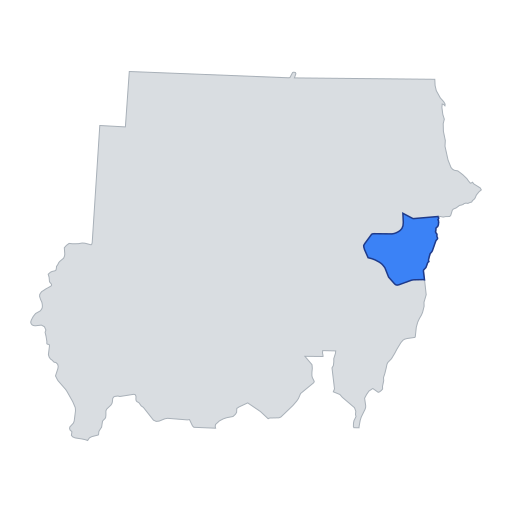 Kassala on a map of Sudan (orthographic projection)
{"feature_id": "SDN-884", "entity_name": "Kassala", "entity_type": "State", "adm_level": 1, "iso_a3": "SDN", "parent_name": "Sudan", "parent_adm1": "", "projection": "orthographic", "projection_center": [36.251, 15.89], "detail": "fine", "context": "in_parent", "style": "filled", "palette": "blue", "viewbox_px": 512, "rotation_deg": 0, "n_neighbors": 0, "source": "natural_earth", "source_scale": "10m", "svg_char_len": 4838}
<svg xmlns="http://www.w3.org/2000/svg" viewBox="0 0 512 512"><path d="M359.0,427.8L353.9,427.7L353.4,426.5L353.5,423.1L354.0,420.6L356.0,416.6L355.5,414.4L355.8,411.3L354.5,407.7L342.3,397.3L339.9,394.5L333.3,391.8L334.5,388.9L332.0,367.9L333.4,365.5L333.8,361.8L333.8,358.6L335.5,353.2L335.7,350.9L322.7,350.6L322.5,352.9L323.0,355.5L323.0,356.5L304.9,356.3L312.0,364.7L312.3,368.3L311.9,372.8L311.9,375.7L312.3,377.5L314.2,381.3L314.1,382.0L313.6,382.8L300.6,393.5L298.4,398.6L296.6,401.2L292.8,405.6L280.9,417.0L278.9,417.8L270.0,418.0L269.1,418.2L268.4,418.7L268.0,418.6L260.4,411.5L247.7,402.9L239.1,406.9L236.8,408.4L236.6,412.4L235.3,414.4L233.0,416.5L226.7,417.7L223.4,418.8L219.4,420.9L215.5,424.5L215.2,426.5L215.6,428.2L193.9,427.3L192.5,425.9L189.5,419.6L187.3,419.9L167.6,418.3L164.8,418.8L159.1,421.1L156.2,421.4L153.4,420.1L143.4,407.4L141.2,405.9L139.0,402.8L136.8,401.5L136.1,400.5L135.9,399.2L136.0,396.5L135.4,394.8L133.8,394.3L119.8,396.5L117.9,396.0L115.0,396.4L113.9,396.8L112.7,398.4L112.4,401.7L112.0,403.3L110.9,405.1L106.8,409.0L105.9,410.8L105.9,415.3L105.6,417.6L104.9,418.7L103.2,420.3L102.5,421.3L101.6,427.1L99.4,430.5L98.8,431.7L98.6,434.2L98.2,435.0L91.9,436.6L89.5,437.8L88.1,439.7L87.7,440.5L85.0,439.6L81.6,438.9L75.1,437.9L72.6,436.8L71.4,435.3L71.9,431.8L71.3,431.1L70.3,430.4L69.6,428.8L69.8,427.0L73.4,423.1L74.2,421.0L75.5,410.8L75.3,407.7L72.8,401.8L67.0,391.5L65.6,389.4L58.1,380.8L57.3,379.5L55.5,375.9L57.9,368.5L58.2,366.4L57.7,364.3L55.9,362.5L54.1,362.2L51.9,360.0L50.5,359.0L49.2,357.2L48.4,354.6L49.5,345.7L49.1,344.5L47.2,344.1L46.8,343.4L46.9,341.7L46.1,336.6L45.1,332.3L45.9,330.0L44.4,326.7L41.4,325.1L35.2,325.8L33.3,325.5L32.0,324.8L31.1,323.6L30.7,322.1L31.3,320.1L33.2,316.5L35.6,313.5L40.1,311.0L41.4,309.5L42.2,307.9L42.4,306.0L42.2,303.9L41.8,302.1L40.6,299.5L39.6,296.5L39.7,294.6L40.4,293.3L41.6,291.7L46.2,288.7L50.8,286.2L51.6,285.3L51.4,284.1L49.5,281.8L49.1,277.3L48.2,274.2L50.6,272.1L52.3,271.4L55.0,270.8L56.0,270.0L56.4,268.1L56.5,266.4L57.5,265.1L58.9,262.4L60.0,261.2L63.6,258.2L64.5,256.1L64.8,254.1L64.3,247.8L66.4,245.4L69.1,243.4L72.7,243.8L78.3,243.7L82.2,243.0L84.9,243.2L91.1,244.8L91.7,244.3L92.2,242.7L99.8,125.5L125.1,126.9L125.4,126.8L129.3,71.5L288.6,77.8L289.9,77.6L292.6,72.5L293.7,72.2L295.4,72.5L295.9,73.7L294.4,77.9L434.8,79.3L435.1,85.6L436.3,90.7L440.3,97.9L443.7,101.7L445.0,103.9L445.1,104.9L444.9,105.8L443.9,104.7L442.2,104.0L441.9,107.4L442.8,114.4L444.3,119.2L443.2,123.7L443.4,131.3L445.3,140.5L445.0,146.3L448.0,159.9L451.0,167.5L452.6,169.3L454.4,170.3L457.8,170.9L462.9,174.8L467.0,178.8L468.4,180.9L470.4,183.2L471.7,182.8L472.5,182.2L473.9,184.0L480.3,188.0L481.3,189.9L479.0,191.8L476.4,195.0L475.1,198.0L474.4,199.0L472.3,200.8L472.0,201.7L471.1,202.3L470.1,202.4L467.9,203.4L465.9,203.1L463.9,203.7L463.2,204.4L461.6,205.0L459.5,205.4L456.2,207.9L453.3,209.1L452.3,210.2L450.8,215.2L449.7,216.5L445.4,216.6L443.2,217.1L440.4,216.5L439.0,216.6L438.6,217.7L438.1,222.0L438.2,223.8L435.8,228.7L436.5,237.9L434.2,244.7L433.8,246.3L431.5,251.8L430.3,253.8L427.2,263.9L426.1,267.1L423.5,270.4L426.2,294.7L424.0,302.2L424.1,306.3L422.6,312.3L421.4,315.1L419.4,318.5L417.7,322.2L416.3,327.2L415.3,336.5L414.9,337.4L407.1,338.5L404.6,339.2L403.0,340.2L400.9,342.6L396.9,349.2L394.8,353.2L391.5,358.7L387.7,362.6L386.9,364.5L386.2,368.0L384.8,373.6L383.5,377.6L383.7,380.8L382.5,386.3L382.6,389.0L381.3,390.5L379.5,391.9L378.2,392.3L372.8,388.5L368.9,391.1L366.5,394.6L364.6,398.2L365.7,405.9L365.6,407.6L365.0,409.4L361.3,416.9L360.2,420.3L359.1,426.3L359.0,427.8Z" fill="#d9dde1" stroke="#a8b0b8" stroke-width="1"/><path d="M436.9,234.0L437.0,234.5L437.0,235.0L436.9,235.5L436.9,236.1L437.0,236.7L437.5,237.8L437.6,238.4L437.3,239.1L436.2,240.3L435.8,241.0L434.9,243.5L433.7,247.0L432.4,250.7L431.7,251.9L430.4,253.3L430.0,253.9L428.6,259.2L428.5,260.4L428.9,261.6L428.0,262.2L427.5,263.1L426.1,267.1L425.6,267.9L423.7,269.8L423.5,270.3L423.4,270.9L423.7,273.6L424.3,278.2L424.5,279.8L422.9,279.6L413.6,279.8L411.4,280.2L398.8,284.8L397.2,285.1L396.0,284.9L394.7,284.0L388.6,277.1L385.0,268.0L384.5,267.2L383.0,265.3L382.0,264.2L380.8,263.2L379.4,262.2L375.1,259.9L371.9,258.7L368.1,257.7L364.5,249.5L363.8,247.0L363.7,245.4L364.9,243.4L371.6,234.3L372.4,233.9L373.9,233.7L392.0,233.9L394.2,233.5L396.2,232.8L398.5,231.6L400.2,230.4L401.9,228.5L403.0,225.7L403.3,222.4L402.9,213.3L412.4,218.3L413.1,218.6L413.6,218.6L438.0,216.5L438.0,217.0L438.6,217.7L438.7,218.3L438.5,218.8L437.9,219.7L438.0,220.0L438.3,220.3L438.5,220.7L438.6,221.0L438.5,222.1L438.7,222.5L438.7,222.8L438.5,223.0L438.4,224.8L437.7,226.5L437.4,226.8L436.5,227.5L436.1,227.9L435.9,228.4L435.9,228.9L435.9,229.8L435.8,230.3L435.5,231.4L435.5,231.8L435.7,232.5L436.0,233.0L436.4,233.4L436.8,233.9L436.9,234.0Z" fill="#3b82f6" stroke="#1e3a8a" stroke-width="1.5"/></svg>